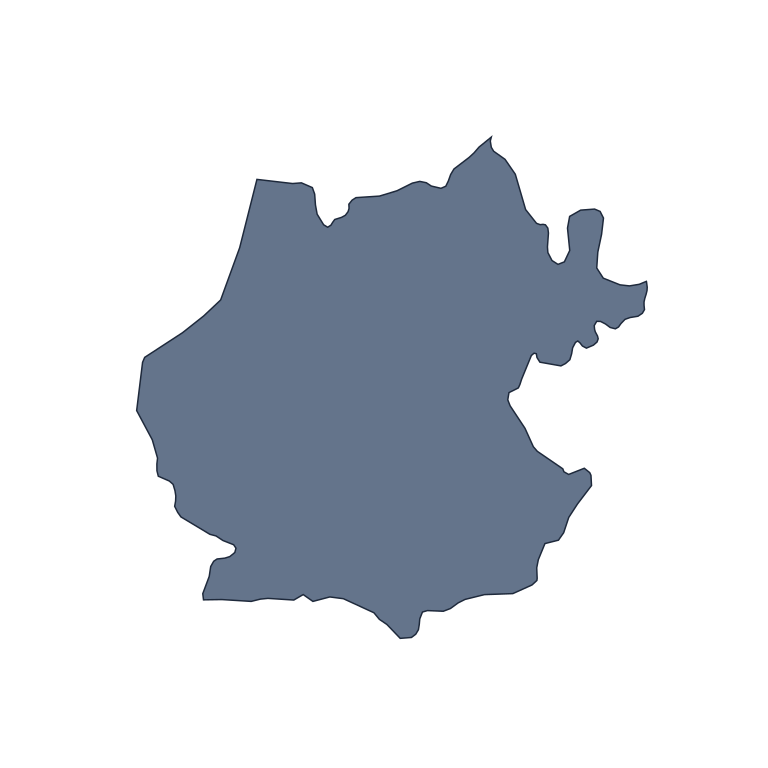 Viljandi, Albers equal-area conic projection, rotated 203°
{"feature_id": "EST-2350", "entity_name": "Viljandi", "entity_type": "County", "adm_level": 1, "iso_a3": "EST", "parent_name": "Estonia", "parent_adm1": "", "projection": "albers", "projection_center": [25.42, 58.32], "detail": "fine", "context": "isolated", "style": "filled", "palette": "slate", "viewbox_px": 768, "rotation_deg": 203, "n_neighbors": 0, "source": "natural_earth", "source_scale": "10m", "svg_char_len": 2511}
<svg xmlns="http://www.w3.org/2000/svg" viewBox="0 0 768 768"><g transform="rotate(203 384 384)"><path d="M297.6,593.6L294.1,591.5L291.6,587.2L287.1,574.0L284.5,569.0L277.6,563.3L270.6,562.1L265.7,566.9L265.2,579.5L276.0,599.2L278.6,610.8L270.9,620.9L258.5,627.3L252.5,627.3L246.8,622.5L242.2,606.8L238.7,588.9L233.5,573.9L223.5,567.1L205.5,567.5L196.4,570.2L188.0,575.5L182.6,581.0L182.4,580.8L179.5,575.9L178.4,572.8L177.8,569.1L177.4,564.9L176.7,561.1L175.3,557.9L173.3,554.3L173.8,550.1L176.7,545.6L183.5,541.3L187.4,537.7L189.5,532.2L190.4,528.1L192.6,525.2L197.9,524.4L203.6,525.8L209.1,526.2L212.7,524.8L213.3,519.9L211.5,516.6L209.9,514.6L206.2,511.6L204.5,509.3L204.3,505.9L206.4,501.6L211.7,496.1L216.2,496.5L219.6,498.4L222.4,499.3L224.0,497.1L224.5,491.0L223.1,485.2L222.4,479.0L224.9,473.8L228.2,469.8L249.0,465.0L253.5,468.1L255.6,471.4L257.9,471.0L259.5,467.8L259.2,442.4L258.7,436.7L258.8,432.9L265.6,424.9L263.9,417.8L259.4,413.2L236.9,398.3L222.0,384.6L216.5,381.9L186.3,375.8L184.1,373.5L178.7,372.9L166.7,384.7L160.0,382.8L157.8,380.8L153.3,371.6L159.0,349.2L161.8,333.4L160.5,317.3L162.4,308.4L173.5,300.0L173.3,282.6L171.6,274.5L167.1,265.0L166.5,262.9L169.2,256.9L183.5,241.4L209.2,229.4L225.2,217.4L230.2,211.5L235.1,203.3L240.6,198.0L255.5,192.4L259.5,189.1L259.3,181.8L257.6,176.5L256.3,171.3L257.0,166.1L259.7,161.4L269.7,156.2L287.4,163.8L296.2,165.5L303.9,169.5L337.5,170.5L350.7,166.8L364.5,156.1L376.1,158.6L382.6,149.9L407.1,141.3L413.7,137.7L421.3,132.0L449.1,122.2L465.8,114.8L468.9,120.2L469.7,138.6L472.2,148.3L471.5,154.3L469.3,157.7L462.5,161.5L458.5,164.9L455.5,170.6L456.1,175.0L459.6,177.3L471.1,177.0L479.3,178.5L485.5,177.6L519.0,182.3L523.7,185.2L528.9,189.6L530.1,194.8L531.9,199.6L534.7,204.1L538.9,209.2L543.7,210.8L555.7,210.9L559.1,215.4L561.8,221.6L563.5,227.3L575.5,242.1L601.3,262.9L614.7,309.6L614.7,315.0L589.5,352.5L576.6,376.1L567.2,397.5L570.1,453.0L580.9,522.7L546.5,532.8L538.6,536.9L526.7,536.8L522.0,531.7L517.1,522.1L511.9,514.2L501.8,507.0L497.1,506.3L494.9,509.5L494.4,512.9L493.6,516.2L488.2,520.8L485.5,524.2L484.4,528.6L484.8,532.0L486.6,535.8L485.2,540.8L482.6,544.6L461.6,555.2L447.5,567.0L436.4,580.0L430.2,584.5L423.7,585.8L417.8,584.7L408.0,586.4L404.4,590.2L404.1,596.0L404.5,602.9L403.6,609.3L394.2,625.8L391.4,632.0L389.1,639.2L381.7,653.2L381.1,649.2L377.7,643.8L374.0,641.1L360.4,638.1L345.1,628.4L330.7,610.8L321.8,599.9L306.4,591.5L302.5,591.7L300.0,593.1L297.6,593.6Z" fill="#64748b" stroke="#1e293b" stroke-width="1.5"/></g></svg>